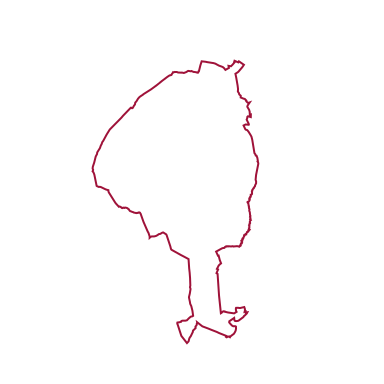 Cajvana, Suceava, Romania (Natural Earth projection), rotated 116°
{"feature_id": "2599482B15456779755419", "entity_name": "Cajvana", "entity_type": "district", "adm_level": 2, "iso_a3": "ROU", "parent_name": "Romania", "parent_adm1": "Suceava", "projection": "natural_earth1", "projection_center": [25.996, 47.715], "detail": "fine", "context": "isolated", "style": "outline", "palette": "rose", "viewbox_px": 384, "rotation_deg": 116, "n_neighbors": 0, "source": "geoboundaries", "source_scale": "gbopen_adm2", "svg_char_len": 6005}
<svg xmlns="http://www.w3.org/2000/svg" viewBox="0 0 384 384"><g transform="rotate(116 192 192)"><path d="M212.8,292.2L214.3,291.7L214.9,291.2L215.1,290.8L215.6,290.5L217.0,290.4L217.5,289.2L219.2,287.4L228.3,280.4L228.4,279.9L228.3,278.0L227.7,277.0L227.5,276.0L227.5,270.8L227.2,268.7L227.0,268.0L228.3,267.2L228.9,266.5L234.8,257.0L235.6,255.6L237.3,251.3L236.9,251.1L236.7,250.7L236.8,248.8L237.1,248.3L237.1,247.7L236.9,247.4L236.2,247.0L236.2,246.5L235.9,246.1L235.9,245.7L235.3,245.3L234.9,243.7L234.9,242.7L235.2,242.1L235.2,241.3L236.0,240.1L236.3,239.2L236.1,237.9L236.1,236.9L235.9,236.0L236.0,235.4L235.6,233.8L235.4,232.8L234.7,232.1L234.7,231.7L234.5,231.4L233.5,230.7L233.4,229.7L233.9,229.1L234.0,228.7L240.1,222.5L247.1,214.3L247.5,213.6L248.1,212.9L250.6,210.5L251.7,210.0L250.7,209.6L249.8,209.0L248.9,207.4L248.7,206.8L247.4,205.2L245.9,204.1L244.5,203.4L243.4,202.0L242.3,201.4L241.3,200.6L241.0,200.2L241.0,199.9L241.4,196.6L241.9,195.9L250.4,187.6L252.1,186.2L252.5,185.8L252.9,185.1L253.5,174.5L253.6,170.7L253.8,165.7L262.0,161.0L265.6,158.7L270.4,155.9L276.8,152.5L278.4,152.1L279.8,150.8L284.4,149.4L287.6,148.7L288.1,148.5L291.7,145.7L293.3,144.6L294.9,142.6L298.5,139.6L302.8,136.7L303.0,136.8L303.7,137.3L304.4,138.3L304.9,138.6L307.0,139.5L309.5,140.3L310.6,141.6L311.8,144.1L312.4,144.8L312.7,145.0L313.4,144.9L314.6,146.2L315.7,147.9L316.3,147.8L316.9,147.4L317.7,146.5L326.0,138.5L330.0,130.3L327.8,129.6L324.9,130.2L323.6,130.2L322.4,129.9L318.2,129.9L317.4,129.9L316.7,130.2L316.0,130.3L314.5,129.7L313.2,129.3L312.8,129.1L312.6,129.1L311.9,129.7L311.4,129.9L309.9,129.5L308.9,129.7L308.2,130.0L307.2,130.0L306.8,130.3L308.2,123.8L307.6,117.4L307.4,114.2L306.9,108.3L306.9,105.9L306.3,98.0L307.3,98.0L307.4,97.5L307.4,97.1L306.8,96.8L305.5,95.3L305.9,94.6L305.9,94.2L305.2,94.2L304.0,93.7L301.1,92.2L299.2,92.0L297.5,92.0L295.6,92.5L293.7,93.5L293.6,94.0L294.0,95.0L294.6,96.1L294.5,97.6L293.4,100.4L292.9,101.4L291.8,101.8L286.7,98.9L288.7,97.6L289.0,97.1L288.9,96.3L288.3,95.1L287.6,94.1L287.1,93.7L281.9,91.0L280.7,90.9L279.8,90.4L277.1,89.5L275.8,89.5L276.8,90.9L275.8,91.4L276.6,92.2L275.3,92.5L274.7,92.7L273.7,93.4L272.5,94.6L275.2,97.9L275.6,98.9L275.9,99.9L276.8,101.6L277.2,101.6L278.5,101.0L279.7,100.1L280.2,99.4L282.6,100.9L284.5,106.8L285.4,110.8L285.2,110.8L285.4,111.4L285.7,111.7L286.2,112.0L287.7,112.5L288.3,112.9L273.4,122.2L254.4,133.1L254.2,134.4L250.2,134.6L250.2,135.9L248.4,135.8L246.6,135.8L245.4,135.5L243.4,134.6L241.0,137.2L237.5,140.2L237.9,140.7L235.0,144.2L229.6,140.4L228.6,139.4L228.3,138.7L227.8,138.3L227.1,138.3L226.6,138.0L226.3,137.8L226.1,137.3L225.7,137.3L225.4,136.4L225.2,136.3L225.1,135.6L224.6,135.2L224.2,133.9L223.7,132.8L223.1,132.1L222.8,131.3L222.9,131.0L221.0,127.9L220.6,126.8L220.5,125.9L220.4,125.5L219.2,125.5L219.1,125.4L219.1,124.8L218.9,124.7L218.7,124.7L218.4,125.0L217.5,125.4L217.2,125.4L216.4,124.7L216.0,124.8L216.1,125.2L215.6,125.5L214.9,125.0L214.7,125.1L214.4,125.9L214.2,126.1L214.0,125.8L213.5,126.1L213.1,126.0L212.8,125.5L212.6,125.5L212.4,125.6L212.3,126.1L212.1,126.2L211.6,126.2L211.1,125.6L210.9,125.6L210.4,125.9L209.7,125.8L209.5,125.7L208.6,125.7L208.4,126.1L207.9,126.2L207.6,125.6L207.3,125.6L206.9,125.3L206.7,125.5L206.4,125.5L206.2,124.7L205.4,124.9L204.4,124.9L204.0,125.0L203.7,124.5L202.9,124.1L202.7,124.1L202.5,124.5L201.7,124.4L201.5,123.9L200.7,123.7L200.7,123.9L200.9,124.1L200.8,124.5L200.3,124.3L199.7,124.9L199.4,124.7L199.1,124.7L198.7,125.0L198.2,125.1L197.8,125.5L197.1,125.6L196.8,126.2L194.9,126.1L194.7,126.5L194.2,126.3L193.1,127.1L192.0,127.0L191.2,127.2L191.1,127.3L191.3,127.6L191.2,127.8L190.7,127.8L190.7,127.6L190.4,127.9L190.2,127.8L189.2,128.5L188.9,128.7L188.9,129.0L188.5,129.1L187.9,129.0L187.4,129.6L184.8,131.2L184.0,132.1L183.6,132.4L182.3,132.8L181.8,133.5L181.4,133.6L180.4,134.5L179.9,134.5L179.7,134.7L179.4,135.0L179.1,135.3L178.9,135.6L178.1,135.9L177.7,136.4L177.3,136.6L177.3,137.1L176.8,137.7L176.5,137.7L175.7,136.8L174.6,136.6L174.3,136.6L173.5,137.3L173.2,136.9L172.9,137.0L172.7,137.4L172.3,137.7L171.2,137.3L170.7,137.6L170.3,137.2L168.7,138.0L168.3,137.4L167.4,137.2L166.2,137.8L165.5,138.3L165.1,138.5L164.4,138.3L164.0,138.7L162.5,138.5L161.5,138.1L161.0,138.4L160.8,138.3L159.3,137.9L158.5,138.2L156.1,138.2L154.4,139.0L153.1,140.2L148.5,141.9L137.5,144.8L136.6,145.4L135.8,146.5L135.4,146.3L132.7,148.2L131.1,149.9L131.3,150.7L130.4,151.5L129.7,152.9L118.7,160.7L116.2,162.8L115.2,164.2L113.1,167.5L112.2,169.4L112.2,169.8L112.4,171.1L112.2,171.6L109.6,174.8L107.8,173.4L106.7,170.5L106.4,170.5L105.7,171.1L103.0,174.6L101.6,174.7L100.2,175.2L99.4,174.9L98.9,172.0L96.5,173.1L97.2,173.9L94.5,175.4L93.1,176.7L91.2,179.6L90.8,179.8L89.7,179.9L86.2,179.4L87.0,180.2L87.3,181.0L86.9,182.4L86.3,183.5L85.9,183.4L85.2,185.4L85.5,186.5L85.7,189.7L84.1,190.4L83.6,192.3L82.6,193.1L81.6,194.8L79.2,195.8L76.3,197.7L69.8,202.4L66.7,204.8L64.4,203.4L63.5,203.0L57.7,201.5L54.9,201.1L54.0,207.1L55.2,207.2L55.4,211.3L56.6,211.1L56.5,210.5L59.9,211.4L61.9,212.1L62.6,214.5L64.3,213.2L67.6,215.5L66.6,217.5L66.2,219.1L66.3,220.5L66.6,223.1L66.5,225.7L66.4,227.2L66.7,229.1L68.7,235.6L68.9,236.6L70.3,240.6L74.5,240.0L80.5,238.7L80.7,239.0L82.0,238.9L82.1,239.2L82.5,239.6L82.4,240.2L82.6,240.9L83.1,242.6L83.4,243.2L83.5,245.5L84.0,245.9L84.7,248.2L84.9,248.6L86.8,249.8L88.6,251.5L89.1,253.5L89.4,253.8L90.0,255.3L90.7,256.8L90.8,258.3L91.3,259.2L91.4,259.5L91.7,260.2L92.6,261.0L92.6,261.5L93.2,261.5L94.7,261.8L95.8,261.8L96.5,262.5L96.6,262.8L97.4,263.5L99.3,264.6L105.4,267.7L111.0,270.3L117.7,273.8L125.5,278.6L126.4,278.9L127.4,279.6L129.6,280.8L131.7,281.4L134.9,281.7L136.5,282.2L138.1,281.7L138.6,281.7L139.9,282.0L142.3,282.1L143.0,282.6L143.0,283.0L142.9,283.5L142.9,283.8L143.2,284.0L153.7,287.4L156.1,288.0L171.9,293.3L177.7,293.9L185.0,294.2L186.5,294.5L188.9,294.2L189.6,294.3L190.4,294.3L192.9,294.0L197.6,294.5L198.1,294.5L199.5,294.0L202.3,294.1L208.4,292.8L212.8,292.2Z" fill="none" stroke="#9f1239" stroke-width="2"/></g></svg>